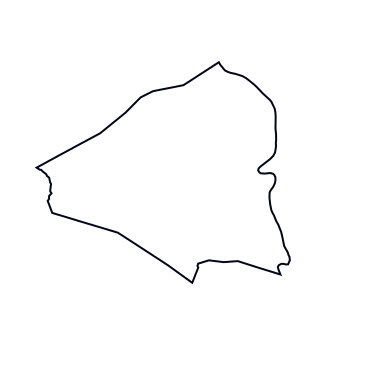 Miguel Alves, Piauí, Brazil, rotated 139°
{"feature_id": "56859067B82587646151349", "entity_name": "Miguel Alves", "entity_type": "district", "adm_level": 2, "iso_a3": "BRA", "parent_name": "Brazil", "parent_adm1": "Piauí", "projection": "mercator", "projection_center": [-42.811, -4.205], "detail": "fine", "context": "isolated", "style": "outline", "palette": "ink", "viewbox_px": 384, "rotation_deg": 139, "n_neighbors": 0, "source": "geoboundaries", "source_scale": "gbopen_adm2", "svg_char_len": 1541}
<svg xmlns="http://www.w3.org/2000/svg" viewBox="0 0 384 384"><g transform="rotate(139 192 192)"><path d="M144.9,123.5L143.9,126.5L141.1,131.4L137.2,137.0L133.7,140.7L132.0,141.5L127.0,142.7L123.4,144.4L120.9,146.5L119.4,148.5L118.7,150.8L118.8,152.4L120.4,154.9L125.3,158.4L127.9,161.1L128.3,162.7L127.9,164.9L126.4,166.0L124.5,166.3L120.4,166.1L116.6,165.9L115.1,165.8L111.3,165.6L106.8,166.0L105.3,166.6L103.7,167.2L101.8,168.6L98.6,171.4L96.3,174.3L94.6,175.8L90.7,180.4L87.2,185.3L79.4,194.0L76.8,197.4L74.9,200.7L72.9,207.9L72.8,210.6L73.3,214.7L73.6,217.4L73.9,220.0L74.2,227.5L74.3,229.2L74.6,232.1L76.0,240.1L76.5,242.5L77.9,246.4L81.6,252.5L84.5,256.3L86.3,259.4L87.4,262.3L87.2,269.6L86.6,272.3L128.3,278.2L139.2,284.4L148.5,289.8L155.4,293.7L167.1,296.7L168.7,297.1L190.0,295.5L223.1,296.6L225.5,297.2L245.8,301.8L269.1,307.0L293.3,312.3L292.3,308.8L291.3,307.6L291.2,305.3L290.3,301.1L290.9,299.4L290.4,296.5L292.8,292.3L293.1,290.5L295.1,288.8L296.9,287.2L298.5,285.6L298.9,283.2L302.6,282.7L304.4,280.5L306.7,280.0L311.2,267.9L294.8,241.8L286.3,228.4L274.7,210.0L273.5,206.0L260.7,161.3L258.1,152.0L251.4,123.3L236.8,130.9L236.4,132.6L234.4,133.9L224.0,129.3L220.9,125.8L214.1,118.3L210.7,115.7L208.5,114.1L202.8,109.8L191.0,90.4L183.9,79.0L179.4,71.7L177.6,76.8L176.4,79.1L174.6,79.8L171.8,79.2L170.0,77.7L168.7,75.7L166.9,74.4L162.9,76.3L161.0,79.1L160.6,80.8L159.4,83.5L157.9,90.7L154.6,96.5L152.0,101.3L150.9,103.4L148.4,110.5L147.6,114.5L145.5,120.6L144.9,123.5Z" fill="none" stroke="#020617" stroke-width="2"/></g></svg>